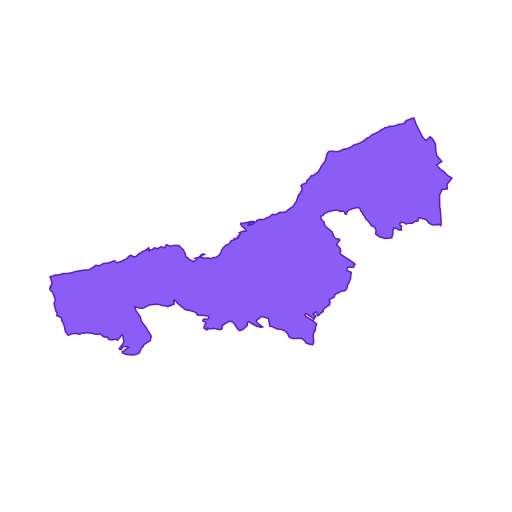 outline of Toliary-II, Atsimo-Andrefana, Madagascar, rotated 77°
{"feature_id": "10022922B75767771564463", "entity_name": "Toliary-II", "entity_type": "district", "adm_level": 2, "iso_a3": "MDG", "parent_name": "Madagascar", "parent_adm1": "Atsimo-Andrefana", "projection": "natural_earth1", "projection_center": [43.811, -23.281], "detail": "fine", "context": "isolated", "style": "filled", "palette": "violet", "viewbox_px": 512, "rotation_deg": 77, "n_neighbors": 0, "source": "geoboundaries", "source_scale": "gbopen_adm2", "svg_char_len": 6105}
<svg xmlns="http://www.w3.org/2000/svg" viewBox="0 0 512 512"><g transform="rotate(77 256 256)"><path d="M236.9,278.0L238.6,280.3L238.5,282.7L241.0,286.6L242.8,288.3L245.1,289.7L247.2,292.3L248.4,295.3L248.0,296.9L248.3,300.0L248.1,301.6L247.2,302.8L246.6,306.3L244.6,311.1L244.2,311.4L244.0,309.1L243.2,308.4L242.9,305.9L242.1,306.9L242.5,309.0L244.6,312.1L244.5,315.7L245.4,314.3L246.4,315.0L247.0,317.4L247.5,317.4L247.1,319.2L246.0,319.4L245.0,321.3L241.9,323.3L241.3,324.5L238.1,324.4L233.8,325.4L228.8,328.5L228.1,329.7L227.2,333.6L227.4,335.6L226.9,337.6L224.4,341.5L224.8,341.1L226.2,341.6L227.3,343.9L225.6,346.3L226.7,350.2L226.2,351.6L225.3,352.4L225.2,353.2L226.6,356.0L226.1,359.0L226.8,359.0L225.8,359.7L225.5,358.5L223.9,358.8L225.6,362.8L226.2,364.7L225.9,365.4L227.1,367.7L227.3,369.5L229.2,372.5L229.5,374.3L229.1,375.7L228.1,377.2L227.6,376.9L227.1,378.3L227.8,380.1L229.6,382.7L231.3,390.6L231.0,393.5L230.1,394.5L229.0,394.6L228.8,395.2L229.6,401.5L228.9,406.3L230.3,410.9L229.0,414.1L231.1,419.1L232.0,422.9L231.3,424.6L230.5,435.0L230.9,439.4L230.4,445.5L229.8,447.2L230.0,453.2L229.3,455.9L230.0,459.0L229.7,461.3L233.2,460.9L237.6,461.2L238.3,461.6L238.7,463.0L240.2,463.0L240.9,464.3L243.2,464.1L245.4,462.4L253.4,461.3L256.8,463.5L264.6,463.4L267.3,462.5L269.2,463.6L271.6,460.3L272.6,459.6L275.9,459.7L277.3,459.0L280.8,458.6L287.1,458.7L290.8,456.9L291.0,456.0L290.2,453.3L291.1,448.2L292.5,446.1L292.5,444.5L291.9,443.0L292.6,441.0L292.4,439.2L294.4,433.0L296.1,430.1L296.8,426.8L296.6,425.7L297.0,425.0L299.4,423.6L301.2,421.4L301.3,419.2L301.8,418.7L303.8,418.5L304.4,417.7L305.4,415.1L305.4,411.6L306.9,409.9L302.6,404.2L303.3,403.7L309.7,404.0L311.4,405.3L315.5,410.1L316.5,409.7L316.7,408.2L314.4,406.2L315.3,402.1L316.4,400.5L319.4,408.1L320.7,407.6L322.6,404.8L324.5,399.4L325.0,395.8L324.7,393.2L323.9,391.2L320.0,388.5L319.3,387.0L317.1,385.0L314.6,378.1L310.6,376.1L300.7,379.3L293.8,382.4L288.9,382.5L283.6,384.8L279.2,385.7L278.1,385.5L280.3,381.8L281.4,378.7L281.4,377.1L279.7,371.0L280.6,363.6L281.7,360.7L283.6,357.6L284.2,354.9L285.6,353.6L285.2,351.6L284.6,351.5L285.3,350.1L284.4,348.4L284.8,346.9L282.1,345.9L282.1,346.5L281.7,346.5L280.9,345.5L279.9,345.9L281.4,344.4L284.3,343.1L287.0,341.2L292.7,336.6L293.8,333.5L296.6,328.4L297.9,327.1L300.4,326.4L301.3,322.7L303.5,316.9L304.2,316.0L305.4,315.6L306.3,316.7L306.5,318.4L305.7,321.1L306.6,322.3L307.5,322.3L308.4,320.9L309.7,319.8L312.9,322.3L314.5,323.0L317.0,320.5L316.8,319.9L315.3,319.5L315.4,319.0L316.6,318.0L317.0,313.9L317.7,311.7L318.9,309.9L319.8,306.5L319.0,305.3L316.9,305.0L315.7,303.4L314.3,299.5L313.7,296.1L315.1,293.5L316.0,292.9L323.4,290.1L324.9,289.1L325.1,288.2L324.5,285.1L321.8,280.3L319.0,279.4L318.1,278.3L324.6,271.2L325.5,268.8L326.2,268.4L326.6,266.3L326.6,265.5L321.3,269.8L319.7,270.3L318.8,269.8L316.3,264.3L317.0,262.5L319.7,257.9L327.5,258.3L328.7,255.8L332.1,251.5L332.7,248.8L335.5,244.7L338.7,242.6L342.1,242.0L343.3,241.0L344.8,238.4L346.5,230.1L349.4,227.8L352.1,226.7L354.1,223.5L355.2,220.6L353.1,219.2L345.2,217.9L343.2,216.3L342.0,216.2L341.8,215.0L338.1,213.8L336.0,212.1L331.1,215.9L325.9,221.2L324.3,221.8L323.4,220.6L323.5,220.0L329.0,214.7L330.8,214.0L328.3,211.5L327.1,211.9L325.8,213.5L323.9,211.0L324.1,209.8L328.0,209.6L327.6,207.5L325.8,205.5L325.4,203.1L324.6,203.3L323.6,202.6L322.1,200.7L320.2,195.5L317.5,194.1L316.2,194.9L315.6,194.6L314.8,193.4L313.8,189.3L311.0,187.3L310.5,183.4L309.2,181.0L310.0,178.2L309.0,175.7L306.9,174.0L305.4,173.8L302.2,170.9L298.0,168.3L296.7,168.3L293.9,166.9L292.9,167.3L290.7,170.6L288.7,170.2L287.6,169.1L288.9,163.3L287.0,162.6L287.0,161.9L286.6,161.5L285.2,161.9L273.1,173.3L271.3,173.2L270.1,172.3L267.7,172.2L263.2,174.8L261.0,173.0L259.5,170.8L258.8,170.9L258.2,171.3L257.3,173.7L255.9,175.4L249.7,176.4L242.7,181.7L240.0,182.4L238.5,181.9L235.3,184.0L231.7,184.1L231.7,181.9L230.0,179.8L228.9,174.1L229.3,167.0L229.8,165.8L231.4,164.3L232.0,160.5L233.5,159.6L234.8,159.9L235.7,158.7L233.4,157.2L232.3,155.7L231.5,150.6L231.7,145.3L233.5,144.0L235.8,143.8L237.4,142.7L239.9,142.3L241.4,141.3L244.8,140.6L247.3,138.7L252.5,136.6L254.6,133.9L258.1,133.2L261.4,134.6L265.4,131.1L266.1,129.2L267.9,126.6L268.9,119.6L267.1,118.9L266.2,117.9L262.6,117.1L259.9,115.5L260.5,113.2L262.7,111.1L263.5,108.7L259.5,107.5L258.7,108.5L257.4,108.9L255.9,107.7L256.5,104.5L258.6,102.7L258.4,100.4L259.2,96.7L258.9,95.1L258.1,94.0L258.4,90.7L257.9,90.0L255.9,89.3L255.4,88.2L258.9,82.0L262.7,80.2L264.9,77.8L265.9,75.9L265.7,73.8L266.7,72.3L266.1,71.6L266.1,71.0L267.9,69.0L263.8,67.8L251.6,65.9L249.6,66.0L237.8,63.4L233.0,59.4L233.7,54.5L229.1,53.8L224.4,47.7L223.9,47.7L220.7,51.2L216.2,53.9L212.6,57.1L207.9,59.5L205.7,53.7L199.1,57.2L194.7,57.2L187.5,56.0L184.5,56.6L181.2,57.9L179.0,59.6L181.7,64.0L180.3,65.6L177.2,67.1L171.4,68.5L163.0,70.5L157.2,71.0L156.8,72.6L157.9,78.2L157.6,78.9L160.0,82.0L160.4,83.5L159.8,87.3L160.3,89.2L160.4,94.0L160.0,95.8L159.5,96.3L160.2,98.5L160.0,101.7L161.1,103.5L160.9,104.9L162.7,108.7L164.0,115.8L165.6,118.3L166.3,120.7L165.9,121.1L168.2,125.3L169.5,130.3L170.0,136.3L171.4,139.5L172.1,144.7L172.0,145.5L171.5,145.8L172.9,152.4L170.6,159.9L170.8,162.1L172.3,163.7L179.2,167.3L183.5,172.6L184.2,172.7L188.3,176.8L190.1,181.5L190.5,182.9L190.2,184.0L192.9,187.2L193.7,189.2L196.1,190.3L196.6,194.5L197.6,196.4L200.1,195.9L202.4,196.6L203.3,197.7L205.0,198.8L206.0,200.7L212.0,204.5L216.5,209.3L216.9,211.2L219.7,217.5L219.4,221.4L218.7,222.6L220.2,228.0L220.1,228.7L219.2,229.6L219.3,230.9L221.0,234.5L221.2,237.4L222.3,239.7L221.3,243.7L221.3,246.1L221.9,247.5L222.8,248.2L223.0,250.9L223.5,250.6L224.3,252.4L224.3,256.3L223.5,257.3L223.7,256.2L223.4,255.5L222.8,255.6L223.2,255.1L222.4,252.8L222.2,249.5L221.3,252.4L221.3,260.8L220.6,263.3L221.9,263.7L224.0,262.9L227.4,260.2L229.5,260.0L228.8,262.3L229.5,267.0L230.5,266.1L231.1,267.1L231.5,266.9L231.7,267.6L232.6,267.8L232.6,269.1L233.6,268.8L233.6,269.7L234.7,269.8L234.1,270.5L234.8,271.6L234.0,273.4L235.5,273.5L235.3,276.1L236.0,276.9L235.9,277.5L236.9,278.0Z" fill="#8b5cf6" stroke="#5b21b6" stroke-width="1.5"/></g></svg>